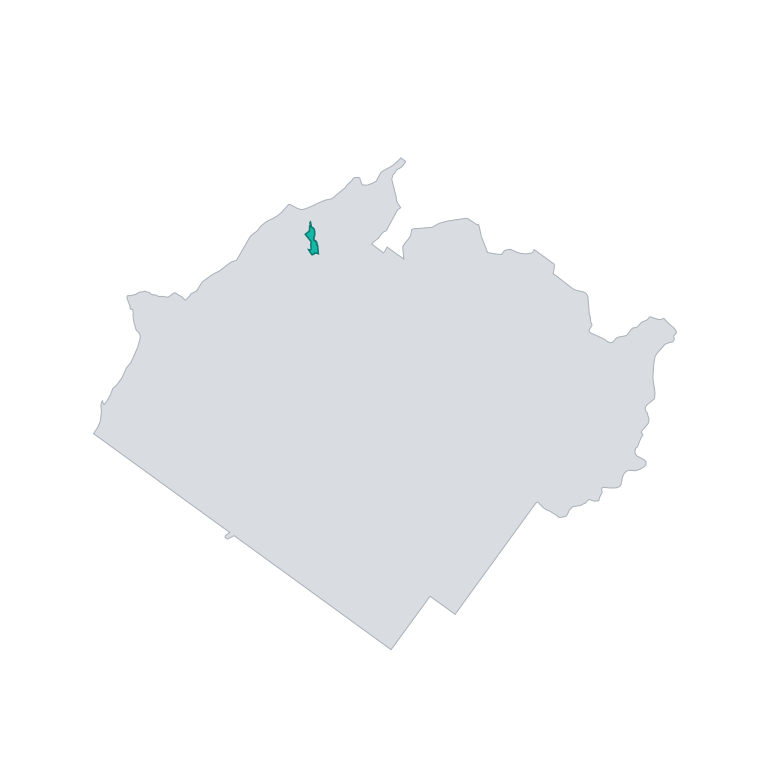 Ar Rahad, Gedarif, Sudan (highlighted), rotated 216°
{"feature_id": "16777658B55257137653826", "entity_name": "Ar Rahad", "entity_type": "district", "adm_level": 2, "iso_a3": "SDN", "parent_name": "Sudan", "parent_adm1": "Gedarif", "projection": "mercator", "projection_center": [34.809, 13.193], "detail": "fine", "context": "in_parent", "style": "filled", "palette": "teal", "viewbox_px": 768, "rotation_deg": 216, "n_neighbors": 0, "source": "geoboundaries", "source_scale": "gbopen_adm2", "svg_char_len": 5717}
<svg xmlns="http://www.w3.org/2000/svg" viewBox="0 0 768 768"><g transform="rotate(216 384 384)"><path d="M503.4,576.8L497.6,576.8L497.0,575.4L497.1,571.6L497.7,568.8L499.8,564.2L499.3,561.8L499.6,558.2L498.1,554.2L484.2,542.6L481.5,539.4L474.1,536.4L475.4,533.2L472.3,509.3L473.8,506.6L474.3,502.4L474.2,498.7L476.0,492.6L476.2,490.0L461.4,489.8L461.3,492.5L461.9,495.4L461.9,496.6L441.4,496.7L449.6,506.1L449.9,510.1L449.5,515.3L449.6,518.5L450.1,520.7L452.3,524.9L452.1,525.6L451.6,526.6L437.1,539.1L434.6,544.8L432.7,547.9L428.5,553.0L415.2,566.2L413.0,567.1L402.9,567.5L401.9,567.9L401.1,568.5L400.6,568.3L392.0,560.6L377.4,551.2L367.7,556.1L365.1,557.9L365.0,562.4L363.6,564.7L361.0,567.2L353.8,568.7L350.1,570.1L345.7,572.6L341.4,576.9L341.1,579.1L341.5,581.0L316.9,581.0L315.3,579.4L311.7,572.4L309.2,572.8L286.8,572.0L283.6,572.7L277.2,575.6L274.0,576.1L270.6,574.8L258.8,561.0L256.3,559.3L253.6,556.0L251.1,554.6L250.2,553.5L250.0,552.1L250.0,549.0L249.2,547.1L247.3,546.7L231.5,549.9L229.2,549.5L225.9,550.1L224.7,550.7L223.4,552.5L223.2,556.3L222.8,558.2L221.5,560.2L217.0,564.9L216.0,567.0L216.2,572.1L215.9,574.7L215.3,575.9L213.3,577.9L212.6,579.1L211.8,585.6L209.3,589.6L208.7,591.0L208.6,593.9L208.2,594.8L201.0,597.1L198.3,598.5L196.7,600.8L196.3,601.7L193.2,600.9L189.3,600.3L181.8,599.6L178.8,598.6L177.4,597.0L177.9,593.0L177.1,592.2L175.9,591.5L175.1,589.7L175.3,587.7L179.2,583.0L180.1,580.6L181.1,569.0L180.8,565.5L177.7,559.0L170.5,547.7L168.7,545.5L159.7,536.3L158.7,534.9L156.5,531.0L158.9,522.4L159.0,520.0L158.4,517.6L156.1,515.7L154.1,515.5L151.5,513.2L149.7,512.2L148.2,510.2L147.1,507.3L147.9,497.2L147.3,495.8L145.0,495.5L144.5,494.7L144.6,492.8L143.4,487.0L142.0,482.2L142.7,479.6L140.8,476.0L137.1,474.4L129.9,475.6L127.7,475.4L126.1,474.8L125.0,473.4L124.5,471.9L125.0,469.5L127.0,465.2L129.6,461.6L134.8,458.4L136.2,456.7L136.9,454.7L137.1,452.6L136.7,450.2L136.1,448.1L134.6,445.3L133.2,442.0L133.2,439.8L133.9,438.2L135.2,436.3L140.4,432.5L145.7,429.4L146.5,428.3L146.2,426.9L143.8,424.4L143.0,419.3L141.7,415.8L144.4,413.2L146.3,412.3L149.4,411.5L150.6,410.4L151.0,408.2L150.9,406.2L152.0,404.7L153.5,401.5L154.7,400.1L158.7,396.3L159.6,393.8L159.9,391.5L158.8,384.4L161.1,381.4L164.1,378.9L168.3,379.1L175.0,378.6L179.5,377.5L182.7,377.6L190.1,378.9L190.8,378.3L191.2,376.4L191.1,239.4L221.6,239.4L222.0,239.2L222.1,173.2L414.7,173.2L416.3,173.0L419.3,166.7L420.6,166.3L422.6,166.6L423.2,168.1L421.6,173.2L589.8,173.1L590.1,180.7L591.5,186.8L596.3,195.5L600.3,200.1L601.7,202.7L601.9,203.9L601.7,205.0L600.5,203.7L598.4,202.8L598.1,206.9L599.1,215.1L600.8,220.9L599.6,226.3L599.7,235.3L601.9,246.1L601.4,253.0L604.9,269.1L608.3,278.0L610.2,280.2L612.3,281.3L616.3,282.1L622.2,286.6L627.0,291.4L628.6,293.9L630.9,296.6L632.5,296.1L633.4,295.4L635.0,297.6L642.4,302.3L643.5,304.5L640.8,306.7L637.7,310.4L636.2,313.9L635.4,315.0L632.9,317.2L632.5,318.2L631.4,318.9L630.3,318.9L627.7,320.1L625.4,319.7L623.1,320.4L622.3,321.2L620.4,321.9L617.9,322.3L614.0,325.2L610.7,326.6L609.5,327.8L607.7,333.6L606.5,335.1L601.4,335.3L599.0,335.8L595.6,335.1L594.0,335.2L593.6,336.5L593.0,341.4L593.1,343.6L590.3,349.3L591.1,359.8L588.4,367.8L588.0,369.6L585.2,375.8L583.8,378.2L580.3,389.9L579.0,393.5L576.0,397.2L579.0,425.2L576.5,433.8L576.6,438.4L574.9,445.3L573.5,448.5L571.3,452.3L569.4,456.6L567.8,462.3L566.7,472.9L566.1,473.9L557.3,475.2L554.5,476.0L552.6,477.1L550.3,479.9L545.8,487.4L543.4,492.0L539.7,498.2L535.4,502.7L534.5,504.8L533.7,508.9L532.1,515.2L530.7,519.7L530.9,523.4L529.6,529.6L529.8,532.7L528.3,534.4L526.2,536.0L524.8,536.4L518.7,532.2L514.3,535.1L511.6,539.2L509.5,543.3L510.7,552.0L510.6,553.9L510.0,556.0L505.9,564.5L504.7,568.4L503.4,575.2L503.4,576.8Z" fill="#d9dde1" stroke="#a8b0b8" stroke-width="1"/><path d="M538.8,471.9L538.8,471.7L538.6,470.7L538.4,470.6L537.7,470.2L537.4,470.1L537.1,470.1L537.1,469.9L537.1,469.7L536.9,469.5L536.7,469.3L537.0,469.3L537.1,469.2L536.9,469.0L536.7,469.0L536.7,468.9L536.8,468.8L536.8,468.6L537.1,468.3L537.1,468.1L535.7,466.2L534.4,464.1L534.8,462.1L535.5,459.6L535.7,458.8L532.4,457.9L529.6,457.2L528.6,456.9L528.0,456.7L526.9,456.5L526.3,455.8L525.6,454.7L525.2,453.8L522.4,450.5L522.1,450.0L522.1,449.6L522.9,448.9L524.0,448.4L519.9,446.7L518.3,446.2L518.2,446.2L518.0,446.3L517.9,446.4L517.9,446.6L517.8,447.0L517.7,447.3L517.4,447.5L517.2,447.6L517.2,447.8L517.0,448.2L517.0,448.4L517.0,448.5L517.1,448.8L517.1,449.0L517.1,449.3L513.6,450.9L514.6,451.8L515.5,452.9L518.5,456.3L518.7,456.7L518.8,456.9L519.1,456.9L519.2,457.0L519.3,457.0L519.5,457.0L519.6,456.9L519.9,456.9L519.9,457.0L520.0,457.1L520.0,457.3L520.3,457.4L520.5,457.3L520.8,457.3L520.8,457.5L520.7,457.7L520.7,457.8L520.8,457.9L520.9,458.2L520.8,458.4L520.9,458.5L521.1,458.7L521.3,458.7L521.4,458.9L521.5,458.9L521.7,459.0L521.8,459.1L522.1,459.2L522.3,459.2L522.5,459.1L522.8,459.0L523.0,459.1L523.1,459.3L523.1,459.5L523.3,459.6L523.4,459.4L523.4,459.1L523.5,459.0L523.8,459.0L524.0,459.4L524.1,459.5L524.3,459.4L524.5,459.1L525.0,459.0L525.3,459.2L525.4,459.6L525.5,459.8L525.8,459.7L526.1,459.8L526.3,460.2L526.2,460.5L526.4,460.8L526.7,461.0L526.9,461.3L527.0,461.6L526.8,462.0L527.2,462.6L527.2,463.0L527.6,463.5L527.6,463.9L527.7,464.2L527.8,464.3L528.1,464.5L528.3,464.5L528.5,464.6L528.5,465.1L528.7,465.3L528.8,465.3L528.9,465.5L529.1,465.8L529.3,466.0L529.4,466.3L529.7,466.7L531.0,467.8L532.0,468.4L532.4,468.5L532.9,468.6L533.0,468.6L533.5,468.4L533.8,468.5L534.0,468.5L534.3,468.6L534.5,468.6L534.8,468.5L535.1,468.5L535.2,468.4L535.3,468.4L535.3,468.5L535.5,468.7L535.9,469.2L536.1,469.4L536.1,469.5L536.7,470.0L537.4,470.6L538.1,471.2L538.6,471.7L538.6,471.8L538.8,471.9Z" fill="#14b8a6" stroke="#0f766e" stroke-width="1.5"/></g></svg>